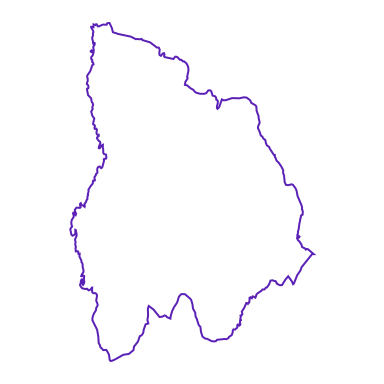 Guavatá, Santander, Colombia
{"feature_id": "7082276B43213471639741", "entity_name": "Guavatá", "entity_type": "district", "adm_level": 2, "iso_a3": "COL", "parent_name": "Colombia", "parent_adm1": "Santander", "projection": "equal_earth", "projection_center": [-73.726, 5.947], "detail": "fine", "context": "isolated", "style": "outline", "palette": "violet", "viewbox_px": 384, "rotation_deg": 0, "n_neighbors": 0, "source": "geoboundaries", "source_scale": "gbopen_adm2", "svg_char_len": 5798}
<svg xmlns="http://www.w3.org/2000/svg" viewBox="0 0 384 384"><path d="M71.3,222.2L71.5,224.5L72.1,226.6L71.1,227.6L70.3,229.2L71.4,234.7L72.6,235.7L74.2,234.9L75.3,233.8L75.3,229.8L75.8,230.0L76.6,234.1L76.6,235.8L75.1,239.3L75.2,240.8L75.6,242.1L75.2,244.3L75.9,247.1L75.5,248.0L75.8,251.4L77.5,251.2L78.2,251.6L78.4,253.8L79.7,253.7L79.4,256.4L81.4,260.6L81.4,262.0L82.4,263.5L82.7,265.2L82.6,266.9L83.4,269.7L83.5,271.6L83.1,272.8L82.2,273.7L81.2,276.1L81.8,276.3L83.4,275.5L84.1,275.9L83.9,280.3L84.2,280.8L84.3,282.0L83.8,283.8L83.0,284.9L82.5,284.2L82.3,282.8L82.4,279.5L82.0,279.3L81.5,279.6L80.9,280.9L80.7,282.9L80.0,285.1L81.1,287.1L82.2,288.3L85.3,289.0L87.3,288.8L88.0,289.8L88.8,290.4L90.7,289.4L91.8,287.7L92.2,287.6L92.0,290.1L92.3,292.2L93.3,293.2L95.5,293.2L96.7,294.3L97.0,295.9L96.2,300.5L97.6,304.3L97.6,305.6L96.2,307.9L96.1,309.5L95.6,310.9L94.1,313.1L92.9,316.2L92.4,318.3L92.4,320.2L97.1,329.7L98.3,336.6L98.7,343.1L99.9,345.1L100.5,347.4L101.2,347.8L103.2,350.1L106.1,349.9L107.0,350.9L109.0,354.7L109.7,360.0L110.6,361.0L112.5,360.6L115.3,359.3L123.2,354.8L128.9,353.9L133.5,350.1L134.0,346.6L137.4,342.3L138.2,340.9L139.8,336.2L141.6,335.3L142.9,333.5L143.5,331.7L143.6,330.0L145.6,324.3L148.3,323.5L147.4,320.0L148.1,315.8L147.9,310.5L148.0,308.1L148.8,306.0L153.6,309.6L159.5,317.0L162.4,316.6L164.8,315.4L165.9,315.9L167.1,317.2L170.4,318.6L170.8,315.6L172.2,311.0L174.0,307.2L177.1,302.6L178.9,296.7L181.0,294.3L182.0,294.1L185.0,294.2L190.1,298.6L191.2,300.0L192.5,304.4L193.0,308.6L195.2,312.6L195.6,316.6L196.7,318.6L198.7,325.0L200.4,326.9L201.0,331.9L202.5,336.6L205.2,338.6L207.0,338.8L211.8,341.2L214.2,341.4L215.8,341.2L217.0,339.8L224.5,339.0L226.3,339.2L228.5,338.1L229.0,336.9L231.7,335.1L232.7,332.4L232.8,330.4L233.4,329.4L235.1,329.5L237.1,327.8L237.5,326.7L237.2,325.9L237.4,325.0L237.8,324.6L239.3,325.6L239.9,325.2L240.3,324.5L240.3,323.9L239.7,323.4L240.1,322.1L240.1,320.5L240.9,320.2L240.8,319.5L240.3,318.9L240.9,316.4L240.5,315.6L242.0,314.8L242.4,314.1L241.8,311.6L244.2,307.9L246.3,303.0L247.0,303.1L247.9,303.9L248.7,302.7L249.2,302.5L249.7,298.9L249.4,298.1L250.5,297.2L251.9,298.2L252.6,296.4L253.2,296.4L255.3,297.7L255.7,297.0L256.5,294.4L257.6,293.3L261.5,290.7L262.4,289.5L264.5,289.4L266.0,287.5L267.0,287.4L269.1,284.3L270.5,280.6L272.7,280.3L274.2,281.0L275.5,281.1L276.1,281.7L276.7,283.5L277.2,283.5L277.8,284.3L280.0,285.2L282.0,285.1L285.2,279.9L288.2,276.3L291.9,281.4L293.1,284.2L293.7,283.8L294.4,282.3L297.1,275.4L300.4,270.5L301.6,267.2L312.1,254.1L313.7,254.1L307.8,249.1L306.6,249.0L305.8,249.6L305.0,248.5L302.0,246.9L301.5,244.7L299.5,241.5L298.0,240.2L297.0,238.1L297.3,237.0L298.9,237.6L299.5,236.6L297.3,235.0L297.9,233.6L298.0,231.2L298.6,229.6L299.4,223.6L300.1,220.6L300.2,219.1L300.8,217.5L300.9,216.0L301.4,215.2L302.6,214.7L302.8,212.0L302.5,210.2L301.9,209.3L302.1,207.6L301.6,205.5L297.5,195.8L296.6,190.8L295.4,188.1L292.9,184.8L291.6,184.3L288.2,185.2L285.9,184.8L284.7,182.2L284.0,175.4L283.1,172.9L283.2,170.3L281.7,167.2L278.9,162.9L277.0,161.1L276.3,160.0L275.5,157.7L275.0,157.2L274.8,155.0L274.0,155.1L269.7,148.5L269.2,147.0L267.0,145.5L265.9,143.1L265.3,140.0L263.5,138.7L262.3,136.6L260.8,135.5L259.5,131.4L258.0,128.2L258.0,127.0L258.9,124.3L259.5,123.4L259.6,122.0L258.6,118.0L258.6,116.2L256.6,110.8L256.4,106.8L255.6,105.4L251.2,102.8L250.5,100.9L249.7,99.9L246.6,97.6L243.8,97.3L239.5,98.3L232.0,98.1L225.8,100.2L223.5,100.3L221.9,99.4L219.1,107.3L217.5,108.8L216.9,108.0L217.0,106.0L217.8,103.2L217.8,101.3L217.5,100.4L216.3,99.7L216.1,97.8L215.3,96.4L212.6,95.6L211.2,91.1L210.0,90.3L208.3,90.4L206.2,93.2L204.1,93.8L200.3,93.8L196.4,92.8L195.0,91.9L193.2,89.7L190.7,88.4L187.2,85.4L184.9,84.9L185.4,81.8L187.4,78.8L187.6,77.7L187.1,77.0L188.4,70.9L188.4,68.9L188.1,66.7L187.2,64.8L186.4,63.3L184.9,62.1L183.9,61.3L182.9,61.4L181.3,59.8L179.9,59.8L177.5,57.2L176.1,56.7L175.2,56.7L173.4,59.0L164.7,57.1L164.0,56.1L164.5,54.4L164.1,53.2L162.9,53.4L160.9,55.8L159.5,54.9L159.3,53.1L159.7,49.6L158.8,47.6L156.8,47.5L150.2,42.4L142.3,40.0L141.6,38.9L139.8,39.3L137.0,39.0L135.9,39.2L130.7,36.6L118.4,34.0L112.9,32.2L111.8,27.9L109.5,23.0L107.3,23.2L106.6,24.7L102.8,24.6L98.8,26.4L97.7,26.3L96.8,24.4L96.1,24.2L95.3,25.1L93.5,24.4L93.5,27.2L91.2,26.8L91.2,27.6L93.0,30.5L93.4,31.9L92.9,33.1L93.1,35.4L92.2,37.4L92.3,39.2L93.0,41.3L93.0,42.9L93.4,43.9L94.0,42.7L94.6,42.9L94.7,44.5L93.2,47.0L93.8,50.5L93.6,51.6L91.6,50.3L90.7,51.2L91.3,52.1L93.1,52.5L93.3,53.5L92.7,55.3L91.2,57.2L91.2,58.3L91.4,59.3L92.1,59.7L92.3,60.4L92.1,61.8L93.1,62.6L93.5,64.5L92.2,65.3L90.7,70.0L89.7,72.0L87.5,75.1L87.1,76.4L87.7,78.8L87.7,81.1L86.9,83.1L87.0,84.3L88.1,85.2L88.5,86.9L88.3,88.3L87.3,88.5L86.9,89.1L88.1,95.2L91.1,98.2L91.7,101.7L92.8,103.5L93.1,104.7L92.3,107.3L92.7,109.0L91.2,111.6L92.1,115.0L92.9,116.7L94.3,118.4L93.0,123.9L93.4,124.5L94.6,125.2L95.0,126.1L94.4,127.9L94.8,128.9L96.1,128.6L96.9,129.5L96.5,132.3L96.6,133.7L97.3,134.7L98.7,134.7L98.8,135.9L97.1,137.4L96.9,138.2L98.6,140.7L99.9,141.6L100.4,143.1L98.9,146.7L98.8,148.1L99.7,148.3L101.7,145.4L102.9,144.8L102.8,147.9L103.2,149.1L103.3,153.0L104.0,154.0L106.0,154.6L106.4,157.6L105.9,158.7L104.2,158.8L103.8,159.3L104.0,160.9L102.4,166.9L101.5,168.1L100.6,167.8L99.8,166.5L99.1,166.5L97.9,167.3L97.4,168.4L97.2,169.4L97.4,172.8L95.9,174.2L95.8,175.3L94.4,177.2L94.9,180.3L94.2,180.8L93.2,180.6L92.8,182.0L92.9,182.9L92.4,184.0L90.6,186.1L88.4,189.8L88.6,191.2L87.8,194.4L88.1,195.1L87.4,196.7L87.4,199.1L86.4,200.4L86.1,201.9L84.5,204.0L84.8,205.8L84.6,206.8L82.6,205.3L81.6,205.2L80.8,203.2L80.1,203.8L80.1,205.7L80.6,207.2L79.9,207.9L76.5,207.6L74.8,209.9L74.9,211.0L76.1,213.6L75.6,215.1L74.9,214.4L74.2,212.6L73.4,212.6L73.0,213.5L73.7,215.3L73.6,217.1L71.8,219.9L71.3,222.2Z" fill="none" stroke="#5b21b6" stroke-width="2"/></svg>